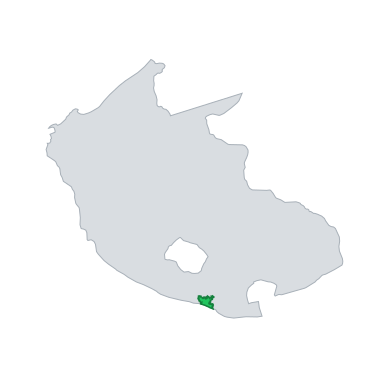 location of iLembe, KwaZulu-Natal, South Africa, rotated 74°
{"feature_id": "47623444B69150070479938", "entity_name": "iLembe", "entity_type": "district", "adm_level": 2, "iso_a3": "ZAF", "parent_name": "South Africa", "parent_adm1": "KwaZulu-Natal", "projection": "natural_earth1", "projection_center": [31.231, -29.241], "detail": "fine", "context": "in_parent", "style": "filled", "palette": "green", "viewbox_px": 384, "rotation_deg": 74, "n_neighbors": 0, "source": "geoboundaries", "source_scale": "gbopen_adm2", "svg_char_len": 7298}
<svg xmlns="http://www.w3.org/2000/svg" viewBox="0 0 384 384"><g transform="rotate(74 192 192)"><path d="M266.6,64.2L275.8,62.8L279.9,63.6L284.8,65.8L289.5,66.6L297.3,65.8L300.0,66.1L302.1,66.9L303.6,68.0L305.9,76.7L307.8,86.0L307.8,89.0L308.0,90.1L310.3,94.0L311.1,96.5L312.4,98.5L315.2,108.4L315.5,110.1L315.5,134.0L314.4,136.9L314.9,140.7L313.6,141.2L305.8,136.4L304.4,136.6L302.3,138.4L300.2,141.2L299.3,143.6L295.4,150.0L295.1,154.1L295.5,157.6L296.8,157.8L297.7,160.3L299.8,164.3L303.4,166.9L306.7,168.1L311.3,168.4L315.0,168.3L314.8,165.6L315.6,158.3L321.7,159.2L330.7,158.9L330.1,163.7L326.8,174.4L324.7,186.6L322.0,192.7L320.5,195.2L316.1,199.6L313.8,201.1L311.9,201.6L304.4,210.7L301.6,215.0L299.2,221.3L296.7,224.8L293.1,232.2L286.9,243.2L281.6,250.4L279.2,252.5L277.7,253.4L273.5,257.6L267.6,264.3L263.1,270.3L256.3,277.0L252.4,280.0L246.6,285.8L245.0,286.7L238.4,292.1L233.7,295.4L226.0,299.2L223.0,300.2L215.7,299.2L212.6,299.8L210.1,302.1L209.9,305.4L208.9,305.9L202.2,304.3L199.4,304.6L197.8,306.4L196.6,308.6L192.7,308.7L185.8,306.4L177.8,305.0L175.9,304.8L172.0,306.5L170.7,306.8L165.0,306.4L161.8,305.3L158.8,305.3L156.5,306.2L153.7,306.5L146.3,312.7L142.4,312.8L139.1,313.5L133.1,312.6L131.3,313.0L129.6,314.1L125.5,314.6L124.0,315.5L117.3,321.2L114.5,320.6L110.9,320.5L106.8,317.5L105.3,317.7L105.6,316.8L105.7,315.2L104.2,313.6L102.7,313.6L101.8,312.3L99.3,312.2L97.4,312.6L96.8,307.3L95.8,306.8L93.4,306.7L92.2,306.9L91.7,307.4L91.1,308.6L91.2,312.2L90.3,311.2L89.3,309.0L88.9,306.6L89.1,303.9L90.9,302.8L90.3,299.4L87.2,293.3L85.4,292.0L83.9,288.9L82.5,287.8L81.9,285.7L80.5,283.9L79.9,281.2L80.6,279.6L81.7,278.7L83.0,280.1L84.4,279.6L86.4,277.6L87.6,274.6L87.5,269.8L87.1,266.8L85.1,259.0L84.3,257.2L80.3,251.7L75.7,244.2L69.7,232.5L66.8,225.4L62.3,211.2L58.5,203.1L53.8,195.6L53.3,195.1L53.9,194.2L56.2,192.4L57.2,192.0L57.8,192.2L58.4,191.7L58.9,190.5L59.1,187.9L60.1,185.1L61.1,183.9L63.1,183.1L64.7,184.1L65.4,185.2L65.8,186.5L66.5,187.2L67.6,187.1L68.4,188.0L68.9,189.7L68.9,190.9L68.3,191.7L68.4,192.7L69.2,194.0L70.2,196.7L74.5,198.2L76.9,198.4L79.2,199.1L81.4,200.3L84.9,200.6L89.7,200.0L93.8,200.2L97.0,201.4L99.2,201.7L100.6,200.9L101.2,199.8L101.0,198.4L101.7,197.5L103.3,197.1L104.5,196.0L105.4,194.2L107.6,192.8L111.0,191.7L112.8,191.7L110.9,116.6L117.2,121.7L118.8,124.1L122.0,131.2L125.3,139.8L125.9,144.0L125.8,144.9L122.7,150.6L122.6,153.4L123.1,156.7L123.9,158.4L124.8,158.9L127.0,158.1L130.4,159.0L136.9,158.6L140.2,159.0L141.0,158.8L141.7,158.1L142.5,156.1L143.3,155.4L146.3,154.6L147.6,153.4L149.7,149.5L156.0,144.3L156.7,143.0L160.6,130.5L161.8,128.7L163.5,127.5L167.1,126.6L169.2,127.1L171.5,128.2L174.0,130.0L177.9,133.4L179.2,133.9L183.0,134.1L185.3,136.3L192.5,137.8L194.5,137.8L196.7,136.5L200.4,136.6L204.3,135.7L206.6,133.5L211.0,119.8L211.5,116.8L212.0,116.0L215.7,114.4L220.2,113.2L221.2,112.6L224.0,108.8L227.6,105.6L230.1,94.7L231.8,92.1L232.8,91.0L233.5,91.0L234.5,90.3L235.7,88.9L237.1,88.1L238.8,87.8L239.9,86.9L240.4,85.4L241.3,84.7L242.6,84.7L243.3,84.3L243.4,83.3L246.2,80.9L246.3,80.0L247.8,77.7L250.9,74.0L253.9,72.0L256.6,71.5L261.7,69.7L263.5,67.9L264.7,65.5L266.6,64.2ZM259.1,226.0L263.5,224.2L266.8,221.7L267.5,217.3L270.1,214.5L271.0,212.0L271.7,208.4L270.2,204.8L268.1,203.7L264.3,200.5L262.6,198.3L260.3,196.5L258.7,194.4L256.1,195.1L252.1,196.8L249.6,198.4L247.5,200.3L243.8,201.7L240.3,207.7L239.1,209.1L236.4,213.5L232.5,215.7L232.4,216.5L233.7,220.1L235.6,223.7L237.6,226.6L237.5,228.4L238.2,229.8L239.9,230.8L242.9,234.5L244.3,235.6L248.8,236.5L249.4,236.3L250.6,234.1L250.8,232.6L253.7,227.8L255.0,226.4L259.1,226.0Z" fill="#d9dde1" stroke="#a8b0b8" stroke-width="1"/><path d="M301.9,214.6L302.2,214.2L302.4,214.1L302.5,213.9L302.6,213.6L302.7,213.3L303.0,212.9L303.2,212.7L303.5,212.3L303.6,212.2L303.7,211.9L304.0,211.5L304.1,211.3L304.4,211.0L304.4,210.9L304.5,210.7L304.8,210.4L305.4,209.8L305.4,209.7L305.7,209.4L305.9,209.2L306.0,209.0L306.1,208.9L306.2,208.7L306.4,208.4L306.7,208.1L306.9,208.0L307.0,207.7L307.9,206.9L308.4,206.4L308.9,205.6L309.5,204.8L309.9,204.4L310.2,204.0L308.5,204.0L308.3,204.2L308.2,204.1L307.9,204.0L307.7,204.1L307.6,203.9L307.6,203.7L307.4,203.7L307.4,203.8L307.5,203.9L307.4,203.9L307.4,203.6L307.2,203.7L306.9,203.4L306.7,203.4L306.7,203.2L306.4,203.3L306.4,203.2L306.5,203.0L306.6,202.9L306.5,202.7L306.3,202.7L306.2,202.9L305.9,202.9L305.7,202.8L305.8,202.9L305.7,202.9L305.6,203.0L305.6,202.9L305.4,202.9L305.3,203.0L305.2,203.0L305.2,203.4L305.1,203.6L305.1,203.8L305.1,204.0L304.9,204.1L305.0,204.1L305.3,204.1L305.3,204.3L305.1,204.5L304.9,204.7L304.9,204.8L304.8,204.7L304.5,204.7L304.6,204.8L304.6,205.0L304.4,205.0L304.2,205.1L304.4,205.3L304.5,205.3L304.4,205.4L304.3,205.5L304.2,205.5L304.3,205.8L304.2,205.8L304.1,206.0L303.9,206.1L304.0,206.4L304.0,206.5L303.9,206.5L303.7,206.3L303.6,206.2L303.8,205.8L303.8,205.5L303.7,205.3L303.6,205.2L303.5,205.3L303.4,205.5L303.3,205.8L303.1,205.9L302.9,205.9L302.9,205.6L303.0,205.5L302.9,205.4L302.7,205.2L302.4,205.1L302.3,204.7L302.0,204.6L301.7,204.4L301.8,204.2L301.8,203.9L301.7,203.9L301.4,203.9L301.2,203.7L300.8,203.1L300.8,202.9L300.8,202.7L300.9,202.4L300.9,202.1L300.6,202.1L300.3,202.0L300.2,202.0L300.3,202.4L300.4,202.5L300.3,202.8L300.1,202.7L300.1,202.2L299.9,201.9L299.6,201.9L299.3,201.6L299.4,201.1L299.2,200.8L299.2,200.7L299.4,200.5L299.4,200.3L299.3,200.1L298.9,199.9L298.7,200.0L298.6,200.4L298.5,200.5L298.3,200.3L298.2,200.4L298.2,200.5L297.8,200.7L297.7,200.8L297.4,201.0L297.6,201.4L297.6,201.5L297.5,201.9L297.8,201.9L297.9,202.0L298.1,202.0L297.9,202.3L298.2,202.3L298.4,202.3L298.8,203.8L299.2,204.5L298.8,204.6L298.3,204.6L298.0,204.8L297.8,204.7L297.7,204.6L297.2,205.0L297.3,205.1L297.3,205.3L297.0,205.4L297.0,205.5L296.9,205.4L296.8,205.5L296.7,205.5L296.3,205.8L296.5,205.9L296.5,206.0L296.6,206.3L296.7,206.2L296.8,206.2L296.8,206.3L296.9,206.2L297.0,206.3L297.0,206.5L296.9,206.5L297.0,206.6L297.3,206.5L297.5,206.5L297.8,206.6L297.7,206.7L297.8,206.8L297.9,207.0L298.0,207.1L298.3,207.3L298.4,207.5L298.5,207.5L298.5,207.8L298.5,208.2L298.5,208.4L298.3,208.5L298.0,208.4L297.7,208.5L297.4,208.7L297.2,208.4L297.1,208.8L296.7,208.6L296.6,208.8L296.5,209.0L296.4,209.1L296.4,209.3L296.3,209.5L296.5,209.6L296.7,209.8L296.8,210.0L296.8,210.3L296.8,210.5L297.0,210.6L297.2,210.8L297.4,210.7L297.4,210.8L297.3,211.0L297.1,211.2L297.0,211.3L296.9,211.3L296.3,211.2L295.3,212.1L295.3,212.7L294.8,212.9L294.9,212.2L294.5,212.2L294.5,212.4L294.5,212.5L294.4,212.9L294.3,213.1L294.2,213.1L294.1,213.4L294.1,213.6L294.0,213.8L294.0,213.7L293.9,213.7L293.9,213.8L293.8,214.1L293.8,214.3L293.8,214.5L294.1,214.6L294.4,214.5L294.6,214.5L294.8,214.5L295.1,214.7L295.3,214.6L295.5,214.9L295.5,215.0L295.6,215.3L295.6,215.5L295.9,215.8L295.8,215.6L296.0,215.5L296.3,215.6L296.5,215.5L296.7,215.2L296.8,215.1L297.0,215.1L297.0,214.9L297.2,215.0L297.2,215.3L297.5,215.2L297.4,215.1L297.5,215.0L298.0,215.0L298.0,214.9L298.3,214.9L298.3,215.0L298.5,215.0L298.4,214.9L298.5,214.8L298.6,215.0L298.7,214.9L298.8,214.9L298.8,215.1L299.0,214.4L299.5,214.1L299.9,214.1L300.4,213.9L300.5,214.0L300.6,213.7L300.7,213.3L300.8,213.3L300.8,213.2L300.9,213.3L301.1,213.2L301.9,213.7L301.8,213.8L301.7,213.9L301.6,214.1L301.7,214.3L301.7,214.5L301.9,214.6Z" fill="#22c55e" stroke="#15803d" stroke-width="1.5"/></g></svg>